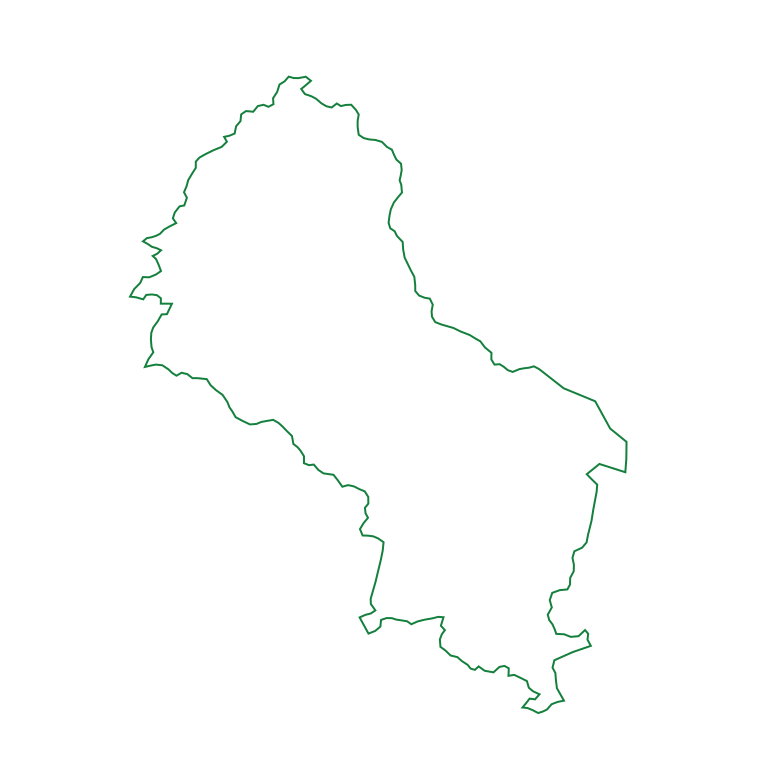 Orleans, Santa Catarina, Brazil, rotated 16°
{"feature_id": "56859067B52517514114560", "entity_name": "Orleans", "entity_type": "district", "adm_level": 2, "iso_a3": "BRA", "parent_name": "Brazil", "parent_adm1": "Santa Catarina", "projection": "robinson", "projection_center": [-49.38, -28.28], "detail": "fine", "context": "isolated", "style": "outline", "palette": "green", "viewbox_px": 768, "rotation_deg": 16, "n_neighbors": 0, "source": "geoboundaries", "source_scale": "gbopen_adm2", "svg_char_len": 4017}
<svg xmlns="http://www.w3.org/2000/svg" viewBox="0 0 768 768"><g transform="rotate(16 384 384)"><path d="M149.5,433.5L154.9,430.5L159.4,428.2L165.8,427.1L172.9,429.4L177.4,431.8L182.2,433.2L186.3,429.0L192.2,428.7L198.3,431.2L202.6,429.9L207.5,429.0L212.3,428.2L217.7,433.0L224.4,436.3L231.9,439.0L238.5,444.6L242.0,449.1L245.7,452.1L250.5,456.8L258.5,458.5L266.3,459.8L272.5,457.5L276.5,454.3L282.2,451.5L287.4,449.0L293.4,450.5L298.3,452.9L303.6,456.0L309.9,459.4L313.4,466.6L318.2,468.5L322.0,471.0L327.0,475.5L328.9,482.2L334.3,482.7L338.7,480.8L344.6,484.7L350.5,486.6L355.5,485.9L360.5,485.2L365.6,488.9L372.3,494.2L377.3,491.1L383.4,490.7L389.4,491.9L395.1,492.5L400.0,496.9L401.9,503.3L399.8,508.3L401.9,513.4L405.5,517.0L402.7,523.4L400.9,530.1L405.2,535.5L410.4,534.2L415.6,533.4L420.7,534.0L427.2,536.2L428.7,544.7L429.4,553.4L430.4,576.7L430.4,594.1L432.0,599.1L438.1,604.0L434.6,608.2L429.8,611.0L424.9,615.1L437.9,628.2L443.6,623.8L447.4,618.2L446.2,611.6L451.0,608.3L456.1,606.9L460.5,607.1L465.2,606.5L471.6,605.7L476.5,607.4L481.7,603.0L487.9,599.4L495.0,596.0L500.3,592.9L505.5,591.8L505.3,600.7L510.4,603.8L508.6,608.5L508.1,614.1L510.7,621.1L516.8,623.4L522.8,626.6L529.8,626.3L535.3,628.9L542.0,631.0L545.7,633.7L550.2,633.7L552.8,629.4L559.9,631.9L568.7,631.0L573.0,624.1L577.5,621.8L582.3,622.9L584.1,630.2L589.4,627.7L596.5,628.9L603.3,630.2L606.9,636.0L611.9,638.3L619.0,639.4L616.1,645.5L610.7,646.3L608.7,651.3L606.3,656.8L611.3,655.9L617.2,656.6L622.8,657.8L626.8,655.2L630.4,652.0L633.4,645.6L638.6,641.7L644.3,638.8L639.3,633.9L634.1,628.8L631.1,621.8L628.4,614.6L624.2,610.2L623.9,602.6L639.4,589.6L655.0,578.7L650.1,573.7L649.1,567.8L645.1,565.1L640.5,572.8L633.2,575.6L626.3,574.9L618.5,576.7L615.6,572.6L612.1,568.5L607.9,565.4L605.0,560.6L606.9,552.5L602.9,546.1L603.3,538.4L609.8,533.7L616.9,530.9L618.1,525.5L616.4,519.1L618.0,511.7L616.4,505.5L613.1,499.1L613.1,492.3L619.5,486.8L622.4,480.5L621.7,473.0L621.2,458.5L619.8,447.0L618.1,429.0L616.7,422.0L608.6,417.6L603.8,414.8L613.1,401.5L640.3,402.3L637.6,389.3L633.1,372.8L613.7,364.5L591.8,342.4L557.9,338.6L529.0,326.9L523.3,325.7L519.0,328.3L514.3,330.3L510.0,332.4L504.4,336.9L499.3,336.6L494.3,334.4L489.7,333.1L484.9,334.9L480.4,330.8L478.7,324.4L471.1,321.1L464.8,316.4L458.6,314.9L452.9,313.3L448.6,312.9L443.0,312.4L435.3,311.0L429.0,311.0L423.0,311.0L416.2,310.4L411.6,306.1L409.7,301.0L409.0,294.3L404.5,289.3L399.3,289.9L393.3,289.3L388.4,286.0L386.8,280.5L383.6,272.6L378.7,267.6L374.4,262.8L369.0,256.8L365.3,249.3L362.8,242.3L355.6,238.1L352.1,234.2L347.1,232.6L344.0,227.8L342.9,220.7L342.4,214.2L343.5,206.7L346.1,200.3L348.5,195.0L345.7,187.8L342.9,183.9L342.6,178.8L342.0,173.3L339.6,167.5L334.1,164.9L330.6,161.1L327.0,156.6L321.5,155.3L315.2,151.8L308.5,151.8L302.3,153.0L296.7,153.2L291.0,151.4L287.9,144.4L286.2,138.6L285.4,131.9L281.4,128.2L275.5,124.6L270.3,126.3L266.0,128.7L261.3,127.4L257.5,132.6L252.1,132.9L246.6,131.5L240.0,128.5L234.7,127.4L228.1,127.1L223.1,123.2L226.9,117.7L230.2,112.7L224.1,110.2L217.6,113.5L212.9,114.8L207.7,114.8L205.0,120.5L201.0,124.9L200.8,132.7L198.6,139.9L200.6,145.5L196.5,149.4L191.3,148.8L186.1,151.6L183.3,158.3L176.1,159.7L172.4,164.2L173.6,170.8L170.8,177.0L171.4,184.4L166.9,188.0L162.2,190.5L166.2,194.4L162.6,200.8L155.5,206.4L149.0,212.3L144.2,217.2L141.8,222.1L143.5,228.1L141.6,234.5L139.6,242.0L139.7,248.4L138.9,254.8L143.2,259.3L142.8,267.4L138.5,269.6L135.6,276.8L135.4,283.0L139.9,286.6L134.5,291.6L130.0,296.2L127.2,301.5L123.8,304.6L120.0,307.1L115.9,309.1L113.0,313.3L117.9,314.4L123.1,316.1L127.8,316.1L132.8,316.9L130.1,321.3L126.4,324.7L130.4,326.7L134.8,331.9L138.5,336.9L134.5,341.7L129.0,346.1L122.7,347.7L121.8,354.1L117.7,361.6L115.8,370.0L121.8,369.0L129.2,369.0L130.9,363.9L136.2,361.9L141.3,361.2L145.9,363.1L147.3,368.3L151.8,367.0L158.0,365.3L157.0,371.2L156.1,376.7L151.1,378.4L149.2,386.2L146.6,393.2L146.2,398.9L147.7,405.6L150.4,412.7L153.5,417.1L150.7,425.1L149.5,433.5Z" fill="none" stroke="#15803d" stroke-width="2"/></g></svg>